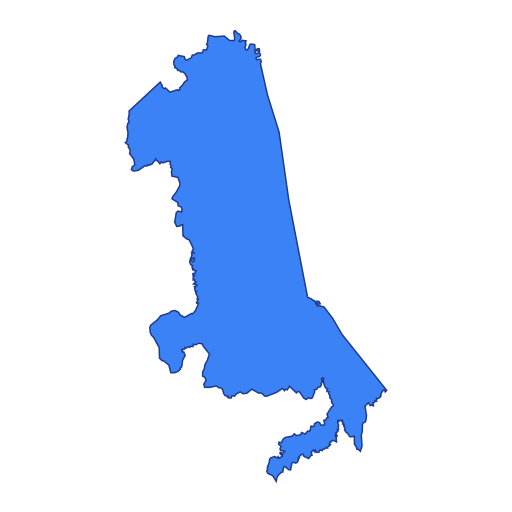 Tibú, Norte de Santander, Colombia
{"feature_id": "7082276B23933062741111", "entity_name": "Tibú", "entity_type": "district", "adm_level": 2, "iso_a3": "COL", "parent_name": "Colombia", "parent_adm1": "Norte de Santander", "projection": "natural_earth1", "projection_center": [-72.788, 8.696], "detail": "fine", "context": "isolated", "style": "filled", "palette": "blue", "viewbox_px": 512, "rotation_deg": 0, "n_neighbors": 0, "source": "geoboundaries", "source_scale": "gbopen_adm2", "svg_char_len": 6043}
<svg xmlns="http://www.w3.org/2000/svg" viewBox="0 0 512 512"><path d="M150.2,332.2L151.3,335.0L153.8,337.6L159.2,347.7L159.5,358.1L162.1,360.8L163.4,360.7L168.9,365.1L170.8,372.7L174.7,372.7L177.6,371.6L180.5,369.1L180.5,367.7L181.7,366.8L182.6,360.3L185.1,355.5L183.8,352.0L182.2,351.8L182.4,350.1L181.8,350.2L181.8,349.4L184.7,349.0L184.9,347.6L186.0,348.1L188.1,346.8L189.6,347.4L191.1,346.2L192.9,346.6L193.4,344.2L195.6,344.8L198.7,343.2L202.2,343.8L203.2,346.1L209.4,354.0L207.3,360.4L205.0,364.4L204.3,368.7L202.7,371.8L202.6,376.2L204.4,376.9L205.9,379.5L205.6,381.2L203.8,384.1L204.6,387.3L210.2,387.3L216.4,385.9L218.8,387.8L220.8,387.8L222.7,389.7L223.7,393.6L225.2,395.7L227.9,396.1L227.4,396.9L228.0,397.7L231.0,398.1L232.0,395.8L234.7,396.1L236.2,394.0L240.3,391.8L242.8,393.7L246.9,393.2L251.8,389.2L258.6,393.1L261.5,393.0L264.6,396.0L266.4,396.3L276.5,392.4L282.5,388.4L284.5,390.7L285.6,389.3L287.3,389.8L289.5,386.3L296.4,392.9L297.5,391.6L299.7,392.0L303.6,397.9L306.1,399.5L308.4,397.8L310.7,398.5L312.3,397.9L314.6,392.0L314.5,389.7L316.8,389.4L317.7,387.4L320.3,386.8L321.4,385.0L321.0,383.6L322.4,382.0L321.9,381.1L322.5,379.9L321.3,378.8L322.6,377.7L323.7,378.1L323.3,380.7L323.9,384.0L325.5,387.9L327.6,388.8L326.8,390.4L327.0,391.6L329.0,391.8L328.8,393.9L329.9,395.6L329.8,397.9L331.6,399.6L331.6,402.5L333.4,404.7L333.2,406.1L331.6,406.9L327.0,414.2L328.1,417.4L326.6,418.0L326.0,419.9L323.8,420.3L324.6,423.9L324.2,425.2L320.9,425.0L319.5,422.6L317.3,422.0L314.7,423.6L313.8,426.5L311.0,426.1L310.2,430.3L309.0,431.3L307.6,431.1L305.1,434.1L301.6,432.5L300.5,434.9L296.3,435.5L294.3,433.8L292.3,436.1L285.2,437.5L283.1,439.2L281.4,442.7L279.0,442.2L278.6,444.1L281.0,446.4L280.1,448.4L280.4,450.3L284.6,451.3L282.5,453.9L281.2,452.4L280.1,452.6L280.0,453.6L282.5,456.0L279.2,458.3L278.2,456.7L277.6,457.9L274.6,456.5L270.5,458.0L269.6,459.3L269.1,462.8L267.2,467.7L267.7,469.5L266.7,471.1L267.8,473.4L272.6,475.6L276.2,481.3L277.0,477.3L278.1,475.4L281.3,472.3L282.8,472.0L283.6,467.3L284.7,466.4L288.8,469.7L290.6,469.9L291.9,463.0L293.2,462.3L295.6,463.1L297.1,462.5L298.4,460.3L298.1,458.3L299.1,458.3L299.3,456.2L300.6,455.7L300.9,454.7L302.9,454.2L304.1,456.5L308.7,458.5L310.8,455.6L312.0,455.3L311.3,451.9L313.4,450.0L314.2,451.4L314.4,450.3L315.4,450.0L316.1,452.4L318.9,452.2L320.2,449.9L322.2,450.6L322.8,449.3L324.7,448.9L325.1,448.1L327.5,448.0L327.2,447.5L329.0,446.1L329.3,444.8L329.8,445.3L330.5,444.6L329.6,443.9L329.9,442.2L330.8,442.2L331.4,441.1L333.2,440.3L336.5,441.9L336.1,437.9L337.4,434.8L335.9,436.6L335.2,435.5L336.1,434.0L335.8,432.9L336.9,432.6L337.2,431.3L338.2,430.9L337.3,429.8L338.6,429.0L338.0,428.1L338.7,425.3L337.7,423.1L337.8,419.6L338.6,421.6L340.7,420.2L342.0,420.1L342.7,421.0L342.0,421.6L343.7,424.0L343.0,424.2L343.8,424.7L343.7,426.0L344.4,426.0L344.3,427.2L345.1,428.4L344.5,429.9L346.2,432.5L347.5,433.0L349.5,436.3L350.3,436.9L354.3,436.3L354.5,444.4L356.2,446.6L356.9,449.2L358.9,449.7L360.3,451.3L362.0,446.2L361.3,435.1L362.3,431.4L362.4,424.8L363.2,422.9L365.0,422.1L365.9,420.6L366.5,415.7L365.0,406.2L368.4,402.7L370.2,405.6L371.6,404.9L374.0,406.3L373.2,405.4L373.0,402.8L374.6,402.3L374.8,401.0L376.4,401.1L375.9,400.5L376.7,399.5L376.5,398.2L377.5,398.7L379.8,397.7L380.0,396.5L380.8,396.4L381.3,392.9L383.3,390.3L384.6,390.1L385.2,391.9L386.7,390.4L342.0,334.4L332.9,318.7L324.0,307.0L319.3,305.7L317.4,306.0L317.6,304.3L320.2,303.8L318.9,301.4L316.8,301.3L316.8,303.9L316.0,304.2L314.6,300.5L312.7,300.3L311.7,299.1L307.6,297.3L288.8,200.2L279.1,132.2L267.5,95.0L260.4,63.5L261.4,61.4L260.2,59.1L256.9,59.7L256.1,58.9L256.2,57.4L259.6,56.4L260.5,54.9L259.4,52.6L256.0,53.6L255.2,53.2L254.9,51.7L256.3,50.6L259.5,51.3L259.3,48.9L257.7,48.5L256.2,49.9L255.1,49.8L254.7,44.6L250.8,44.0L249.6,45.1L248.3,48.8L246.8,50.1L246.0,49.9L244.9,47.5L246.0,44.4L245.3,42.5L246.1,40.9L242.4,40.3L240.4,41.7L239.4,41.6L239.2,40.7L240.9,38.9L241.1,37.0L239.7,34.3L237.4,33.2L235.2,30.7L234.2,31.0L233.8,32.4L234.7,38.2L234.2,40.6L229.7,40.5L224.3,36.1L214.8,36.7L209.0,35.3L208.2,36.2L207.4,42.9L206.5,44.4L207.9,46.0L206.5,49.9L203.4,49.8L202.6,52.2L201.3,53.0L197.4,52.9L194.2,55.0L192.3,55.0L191.4,57.7L186.6,60.3L185.1,59.2L184.3,56.6L178.2,55.4L177.4,57.1L175.0,58.5L173.7,61.5L173.9,64.7L175.1,66.0L174.6,67.4L177.4,69.0L177.6,70.4L179.2,70.4L181.1,72.0L182.8,71.8L184.9,73.6L187.0,77.4L187.3,79.9L184.5,82.0L182.5,85.2L179.9,87.6L179.6,89.9L178.6,90.5L177.9,89.7L175.7,90.2L169.9,92.2L165.6,88.0L163.9,88.6L162.1,86.8L162.2,85.7L160.2,82.1L129.1,111.0L129.2,114.2L128.2,118.9L129.1,122.3L127.8,123.4L127.0,127.3L128.0,132.9L127.7,137.5L126.9,138.9L127.1,140.9L125.3,142.7L128.6,145.2L128.2,146.8L130.2,150.1L129.6,153.7L133.8,159.2L134.8,164.7L132.1,167.0L131.4,169.6L133.5,171.1L138.2,170.4L145.1,165.7L146.8,166.1L147.9,164.6L148.8,165.3L152.1,164.0L155.9,158.9L156.3,160.5L157.6,161.0L159.9,163.8L161.4,161.8L162.7,162.9L167.9,161.2L170.4,161.5L170.0,163.9L171.2,165.5L170.6,167.3L172.3,169.0L171.4,171.7L172.0,176.2L178.0,177.4L180.1,183.9L179.4,186.4L176.2,192.2L172.7,196.8L172.0,198.8L177.7,202.4L178.2,205.9L181.0,206.8L181.9,208.7L181.8,212.0L177.9,211.1L176.3,212.6L174.7,222.2L176.8,226.5L180.6,225.8L181.6,224.6L182.7,224.6L183.0,235.9L186.9,239.0L189.2,239.8L193.4,248.6L192.0,251.5L194.0,252.8L191.5,253.1L192.0,254.3L191.1,258.1L193.3,259.3L193.5,258.1L194.3,257.9L193.9,259.8L194.4,260.5L192.7,261.8L190.4,258.9L189.7,261.8L190.6,264.6L192.5,265.5L192.0,266.7L192.7,269.5L193.5,269.0L194.0,270.4L196.0,270.8L194.8,273.2L192.9,273.6L193.1,275.6L194.5,275.5L193.2,277.2L193.1,280.0L194.6,279.7L194.9,281.5L195.9,282.0L193.5,284.0L196.8,284.7L196.9,285.7L194.4,286.7L195.2,287.2L194.7,288.0L194.9,290.1L195.6,291.6L196.5,291.5L195.7,293.0L197.6,296.6L197.2,299.1L198.4,299.2L196.5,302.5L196.8,303.2L198.4,303.1L198.4,303.7L195.6,310.4L192.6,313.8L191.5,313.5L184.6,317.3L180.3,315.1L178.3,312.1L175.0,310.5L171.3,311.1L169.1,313.1L160.8,315.7L157.2,320.0L150.9,325.0L149.8,327.5L150.2,332.2Z" fill="#3b82f6" stroke="#1e3a8a" stroke-width="1.5"/></svg>